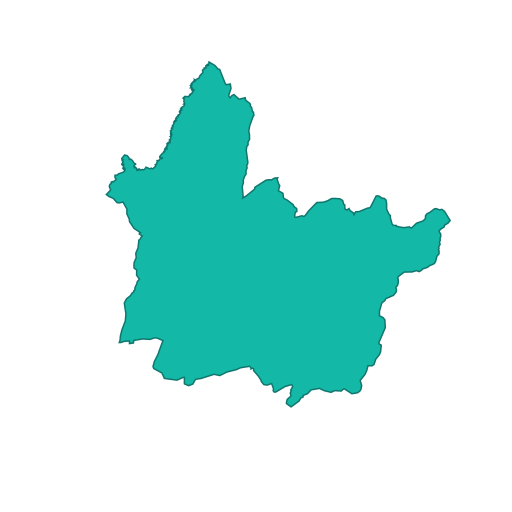 outline of Atwima Kwanwoma, Ashanti, Ghana, rotated 219°
{"feature_id": "2480657B14749544754301", "entity_name": "Atwima Kwanwoma", "entity_type": "district", "adm_level": 2, "iso_a3": "GHA", "parent_name": "Ghana", "parent_adm1": "Ashanti", "projection": "equal_earth", "projection_center": [-1.697, 6.59], "detail": "fine", "context": "isolated", "style": "filled", "palette": "teal", "viewbox_px": 512, "rotation_deg": 219, "n_neighbors": 0, "source": "geoboundaries", "source_scale": "gbopen_adm2", "svg_char_len": 6145}
<svg xmlns="http://www.w3.org/2000/svg" viewBox="0 0 512 512"><g transform="rotate(219 256 256)"><path d="M411.0,209.6L407.7,209.7L403.1,211.0L397.7,210.0L395.9,211.0L393.2,214.2L385.8,211.2L382.9,207.5L377.8,205.0L375.9,203.1L368.2,200.7L360.5,201.4L360.9,200.5L360.5,199.6L357.1,200.0L357.1,198.1L356.6,196.7L357.0,194.6L352.8,188.1L351.1,182.4L348.0,179.3L346.7,174.4L344.5,171.3L343.1,169.9L339.9,170.0L336.7,165.9L332.0,164.6L332.2,161.6L331.1,159.2L330.2,155.4L328.9,153.5L329.0,151.7L328.4,150.8L329.0,149.1L328.6,146.3L329.7,141.1L328.7,136.5L320.6,129.1L316.7,123.3L313.7,114.2L311.1,108.6L308.6,104.9L307.8,102.7L306.5,103.8L304.7,106.7L300.9,110.3L299.2,108.3L296.5,111.3L297.9,113.4L292.0,120.1L285.9,124.5L283.2,128.7L281.2,130.0L275.1,131.7L270.2,117.6L268.6,110.1L266.5,105.3L264.6,104.2L255.5,105.9L250.1,103.2L239.3,109.8L236.3,115.6L235.3,116.6L231.2,111.6L226.8,112.8L224.5,116.7L225.4,122.1L221.6,126.3L214.1,137.7L208.9,140.3L205.6,147.5L199.7,155.4L197.7,159.4L191.6,166.2L189.4,165.9L188.8,165.1L188.3,166.4L187.0,166.9L185.6,165.4L178.8,164.2L173.8,162.6L173.0,161.8L168.9,161.0L166.1,162.7L163.6,166.7L158.8,163.8L157.9,162.1L156.2,161.7L155.0,162.8L151.3,172.8L147.4,178.5L145.3,177.6L144.6,173.6L143.6,173.1L143.1,171.0L141.0,169.6L140.8,168.3L141.5,164.2L140.1,161.2L139.4,160.5L133.8,160.8L131.3,170.3L131.8,173.9L130.7,176.0L131.6,177.4L129.3,181.3L128.9,186.7L123.3,193.1L118.4,194.2L111.9,197.3L110.1,200.9L104.8,204.7L104.4,207.4L103.6,208.4L94.8,209.3L91.1,213.5L90.3,216.1L90.5,218.3L92.4,221.9L96.7,224.8L96.8,232.6L97.8,236.5L99.9,241.2L96.8,243.6L96.0,245.8L98.0,251.3L98.0,256.9L98.8,259.8L102.2,265.1L103.0,265.6L104.7,265.1L106.0,266.0L110.4,281.6L115.7,287.5L118.4,288.1L122.5,287.3L125.3,290.8L128.7,298.7L127.8,302.5L128.3,304.5L124.4,312.0L124.4,316.0L125.1,317.7L127.6,319.7L127.5,322.4L129.0,325.3L130.9,327.5L132.2,328.0L132.4,329.8L130.7,336.8L124.8,341.7L122.1,345.6L119.4,346.5L118.5,348.7L118.4,350.7L115.6,355.1L114.9,358.0L113.0,361.4L112.7,362.9L113.0,364.8L115.2,369.5L115.2,373.0L117.2,375.4L118.0,375.6L118.7,377.3L119.7,377.7L120.3,381.0L122.1,382.1L122.6,384.0L124.0,385.5L125.0,387.9L126.6,389.5L128.7,390.0L129.4,390.8L129.4,393.1L128.1,396.8L128.8,399.0L127.5,402.2L127.4,405.7L137.5,409.3L140.9,409.2L142.4,407.4L146.0,406.1L147.0,404.9L148.4,399.1L149.7,396.6L149.7,394.2L147.9,391.6L148.2,388.5L151.9,382.5L152.7,376.0L153.2,375.3L155.2,375.1L158.7,371.3L161.9,369.3L165.2,367.7L166.2,368.0L168.6,366.2L170.4,366.5L175.7,370.3L177.0,372.0L179.1,372.2L184.0,374.6L187.7,379.2L190.4,381.4L192.9,381.4L194.2,380.3L198.0,380.0L199.6,379.1L200.4,378.2L197.8,366.1L198.0,365.0L199.6,363.2L203.8,355.4L206.3,353.2L206.2,351.0L205.4,349.2L207.3,350.8L211.5,350.5L213.6,351.4L214.3,348.9L216.6,348.6L219.1,351.5L220.4,351.4L223.6,353.7L226.9,353.2L231.4,350.0L233.5,348.1L235.0,344.2L237.4,340.3L242.4,335.8L243.5,324.0L243.2,318.4L243.7,316.8L245.6,316.2L249.5,310.9L250.4,310.7L251.9,312.6L252.9,314.7L252.3,316.4L254.3,318.5L257.2,318.3L259.6,319.3L266.9,319.1L270.2,318.4L271.3,318.6L274.6,321.7L279.6,320.8L282.0,325.8L283.3,326.0L287.9,328.9L288.3,330.4L290.6,328.3L292.0,324.6L294.0,323.4L296.0,321.1L300.1,308.7L299.4,307.7L299.3,306.4L301.4,296.4L302.8,292.8L303.5,294.2L310.4,301.3L311.9,305.0L313.7,307.0L315.0,310.7L315.2,313.2L317.6,316.3L318.3,318.8L320.2,320.5L320.4,322.1L321.2,323.6L330.1,332.0L332.1,335.3L332.1,337.4L333.9,339.5L334.4,342.6L337.5,346.3L340.2,348.5L342.9,353.4L346.1,362.7L346.0,363.8L348.5,366.2L349.6,366.0L353.0,368.7L354.8,368.9L355.5,370.1L356.7,370.7L362.2,370.6L364.0,372.2L367.8,367.2L374.7,367.6L375.7,365.5L375.6,362.7L377.1,362.9L378.4,363.9L380.9,370.5L384.2,373.5L386.9,370.4L388.7,370.8L401.6,378.1L403.4,377.4L407.8,378.2L414.6,377.2L412.9,374.5L413.7,372.6L413.7,373.8L414.3,374.2L414.7,372.2L413.3,370.7L414.6,369.6L413.8,368.9L414.5,367.5L414.3,366.4L413.1,365.8L412.7,364.9L413.1,361.1L412.3,358.5L413.6,355.4L413.3,354.2L414.8,354.3L414.0,353.6L414.5,352.8L413.8,352.2L414.5,351.7L414.7,349.4L414.3,348.2L413.8,349.1L413.3,348.3L413.1,347.3L413.7,347.0L412.6,346.6L412.7,345.6L411.8,346.3L411.2,345.1L410.4,344.7L410.4,345.9L409.5,345.3L409.0,345.8L409.1,344.5L408.4,344.7L408.5,342.8L408.0,342.1L408.8,340.8L408.4,339.9L409.0,339.8L408.6,337.4L411.7,335.3L412.0,333.0L411.1,333.5L411.1,332.7L409.8,331.8L409.5,330.8L407.7,329.8L407.8,328.7L407.1,329.2L406.8,328.8L406.4,327.1L407.4,324.3L406.2,323.7L407.0,322.9L405.8,322.4L406.5,321.8L405.5,320.6L406.4,320.6L406.3,319.8L404.7,319.5L404.7,317.4L405.2,316.8L404.4,315.8L405.0,315.8L405.0,313.6L404.3,313.2L404.9,312.5L404.3,312.0L403.9,310.0L403.6,311.3L403.2,311.0L403.7,309.2L404.3,309.5L404.2,308.3L403.4,308.4L402.9,305.2L402.3,304.8L402.7,304.2L401.9,303.9L402.1,302.5L401.2,302.3L401.7,301.5L400.9,301.0L401.2,299.4L400.3,299.3L400.0,298.1L398.7,298.2L398.2,297.6L399.3,297.3L398.5,296.4L397.6,296.6L397.3,295.9L397.8,294.9L397.0,294.9L396.1,293.3L396.3,292.4L395.9,292.6L395.7,291.4L395.3,291.6L394.5,290.4L395.6,290.7L394.8,288.7L395.7,288.6L395.9,287.6L395.0,287.7L395.1,286.3L394.1,286.1L394.5,284.9L393.3,283.9L394.3,283.9L394.1,283.0L393.3,282.9L394.3,282.1L394.1,281.5L393.3,281.7L393.5,280.9L392.9,280.2L393.5,279.2L392.7,278.8L393.4,276.8L393.4,272.6L393.0,272.2L390.4,273.2L390.3,272.6L391.8,271.4L391.5,269.1L392.8,268.0L392.0,267.7L392.1,266.7L391.1,264.9L391.8,263.6L390.5,262.7L391.0,259.4L391.4,258.5L392.6,258.4L393.5,256.9L397.4,255.8L397.1,253.7L397.6,252.1L398.7,251.8L400.0,249.8L401.3,250.3L402.3,249.2L401.6,248.6L402.2,247.6L404.5,249.0L406.1,249.1L406.2,248.3L407.8,249.4L407.3,251.5L407.6,251.8L409.4,251.4L411.9,252.4L414.5,252.4L415.3,251.3L416.8,252.5L419.3,252.9L421.7,251.8L421.7,247.3L420.6,246.4L419.8,247.0L419.8,245.8L418.6,245.5L418.2,243.4L417.3,243.8L417.8,242.7L417.0,242.5L416.1,243.3L414.9,241.4L413.8,241.6L413.5,240.9L414.3,240.3L412.9,240.0L412.6,241.1L411.7,239.9L411.6,238.6L412.4,236.6L414.6,233.3L414.6,231.6L416.4,230.1L415.1,228.3L412.9,227.7L413.3,224.2L414.0,224.0L414.0,223.3L414.7,223.0L415.0,222.2L414.1,221.2L414.6,219.7L413.9,217.8L410.5,215.8L411.0,209.6Z" fill="#14b8a6" stroke="#0f766e" stroke-width="1.5"/></g></svg>